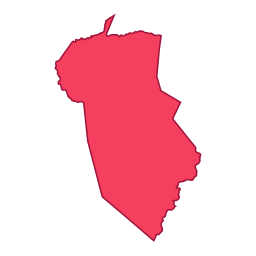 Baianópolis, Bahia, Brazil (orthographic projection)
{"feature_id": "56859067B57298755452364", "entity_name": "Baianópolis", "entity_type": "district", "adm_level": 2, "iso_a3": "BRA", "parent_name": "Brazil", "parent_adm1": "Bahia", "projection": "orthographic", "projection_center": [-44.418, -12.672], "detail": "fine", "context": "isolated", "style": "filled", "palette": "rose", "viewbox_px": 256, "rotation_deg": 0, "n_neighbors": 0, "source": "geoboundaries", "source_scale": "gbopen_adm2", "svg_char_len": 4202}
<svg xmlns="http://www.w3.org/2000/svg" viewBox="0 0 256 256"><path d="M161.1,35.7L160.2,35.3L159.0,35.2L157.6,35.3L156.4,35.4L155.5,35.4L154.5,35.2L153.4,34.7L152.4,33.9L151.6,33.3L150.9,33.2L150.2,33.5L149.3,33.4L148.3,33.2L147.4,33.0L146.3,32.7L145.4,32.6L144.7,32.5L143.7,31.9L142.7,31.3L141.7,31.1L140.6,31.0L139.6,31.0L138.8,31.4L137.6,31.8L136.9,32.1L136.2,31.9L135.3,31.8L134.1,32.3L133.4,33.1L132.2,33.3L131.1,33.2L130.3,33.1L129.5,33.0L128.9,33.5L128.0,34.0L126.9,34.4L125.9,34.3L125.3,34.8L124.7,35.4L124.0,35.9L123.1,36.0L122.3,35.5L121.5,35.1L120.7,35.2L120.3,36.0L119.6,36.8L119.2,36.2L118.5,36.1L118.2,35.4L117.2,35.1L116.2,34.6L115.1,34.8L114.3,34.8L113.4,34.8L112.5,34.7L111.4,34.9L110.5,35.2L109.7,35.4L108.8,36.0L107.4,35.9L106.6,35.4L106.2,34.6L114.1,15.4L113.0,16.1L111.9,16.9L110.7,17.5L109.7,18.1L108.7,18.8L107.7,19.8L106.5,20.2L105.9,20.9L105.8,21.9L105.6,22.8L105.3,23.6L105.1,24.3L104.8,25.6L104.8,27.1L104.5,28.0L104.3,29.3L104.3,30.8L103.7,31.6L102.9,32.2L101.9,32.8L100.6,33.0L100.1,33.4L99.2,33.8L98.4,34.5L97.0,34.8L95.8,35.2L94.5,35.3L93.8,35.7L92.7,35.9L92.2,36.8L91.4,36.9L91.2,36.2L90.4,37.1L89.8,38.0L88.8,38.4L88.0,37.7L86.8,38.3L85.8,38.8L85.1,39.4L84.0,39.6L83.3,38.8L82.5,39.1L81.9,38.1L81.1,38.2L80.5,39.2L79.4,39.8L78.2,40.0L77.1,40.1L76.5,39.5L75.8,39.8L75.7,40.6L75.7,41.9L74.7,42.0L73.5,41.3L72.4,41.8L61.7,56.8L61.1,57.7L60.2,59.0L59.1,60.6L56.2,61.6L55.7,63.9L55.9,64.7L56.3,65.4L56.1,66.1L55.7,67.0L55.5,67.8L55.4,68.7L56.9,69.6L57.5,70.6L57.5,71.6L57.7,72.4L57.4,73.5L58.0,74.5L58.5,75.2L59.0,76.2L59.3,77.1L60.3,77.5L60.4,78.5L60.2,79.4L60.0,80.3L59.3,80.9L58.5,81.5L58.3,82.5L58.2,83.2L58.6,84.1L59.5,84.1L60.2,84.4L60.7,85.1L61.0,86.2L61.3,87.4L61.6,88.7L62.0,89.6L62.6,90.0L63.6,90.1L64.8,89.8L65.6,90.1L66.0,90.9L66.7,91.7L66.9,92.5L67.0,93.2L67.3,94.2L67.7,94.9L68.0,95.9L68.3,96.9L69.2,97.3L69.8,98.2L70.9,98.7L71.6,99.5L72.0,100.6L72.9,100.8L73.7,101.1L74.8,101.4L75.7,101.2L76.4,101.4L77.0,101.9L77.8,102.3L78.8,102.1L79.4,101.9L80.3,101.7L81.5,101.6L82.5,102.0L83.7,102.7L87.7,140.6L88.2,142.8L88.7,144.6L102.3,196.8L122.9,214.2L148.4,236.1L152.0,239.3L153.9,240.6L154.1,239.9L154.5,238.9L155.1,237.9L155.6,236.9L156.0,235.8L156.4,234.7L157.3,234.5L158.2,234.6L159.0,234.3L159.7,233.6L160.3,232.9L160.7,232.1L161.8,231.5L162.3,230.6L162.4,229.7L162.3,228.6L161.7,226.7L161.2,225.6L161.2,224.5L161.4,223.2L162.0,222.0L162.8,221.3L163.2,220.7L162.9,219.9L162.4,218.8L162.5,217.9L163.5,217.3L164.7,216.8L165.2,216.2L165.7,215.0L165.8,213.9L165.9,212.8L166.6,211.7L167.3,210.8L168.0,210.0L168.7,209.7L169.4,209.7L170.3,209.9L171.2,210.0L172.1,209.7L172.9,209.2L173.5,208.6L173.9,208.0L174.4,207.3L174.7,206.6L175.4,206.2L174.3,205.6L174.0,204.6L174.0,203.2L174.0,202.1L173.6,201.3L173.2,200.7L174.2,200.4L175.3,200.6L176.1,200.5L176.8,200.2L177.6,199.7L178.4,199.2L178.9,198.4L179.3,197.1L179.1,196.2L178.6,195.6L178.3,194.5L179.0,193.3L178.8,191.9L179.2,190.9L179.7,190.4L180.1,189.8L180.1,188.9L179.7,188.3L178.9,188.0L177.4,188.0L176.7,187.9L176.3,187.3L177.1,186.3L177.9,185.7L178.2,184.9L178.1,184.1L178.3,183.1L179.3,182.2L180.4,181.8L182.0,181.7L183.0,181.4L184.1,181.1L185.1,180.6L185.8,180.1L187.2,179.7L188.5,179.6L189.3,179.9L190.1,180.1L191.0,180.2L191.8,180.1L192.7,180.0L193.2,179.5L193.7,178.3L194.2,177.3L195.0,176.7L195.7,176.4L196.4,175.6L196.6,174.4L196.2,173.5L196.7,172.8L196.8,172.0L196.7,171.2L196.6,170.3L196.2,169.6L195.5,168.8L195.5,167.7L195.4,166.9L195.2,166.1L195.5,165.3L196.5,164.6L197.2,164.1L198.0,163.9L198.6,163.1L199.1,162.5L199.6,161.9L200.0,160.7L199.5,159.5L200.0,158.8L200.0,158.0L199.5,157.5L200.0,156.5L200.5,155.3L200.6,154.4L199.8,153.7L198.9,153.2L198.1,152.8L197.2,152.5L196.2,151.9L195.7,151.1L195.5,150.3L195.5,149.4L195.8,148.5L195.5,147.7L195.2,146.9L194.5,145.9L192.7,143.9L186.9,136.7L174.0,120.5L173.4,119.8L172.9,118.3L180.5,102.3L179.7,101.9L178.8,101.4L178.2,101.0L177.4,100.5L176.1,99.7L175.2,99.2L174.3,98.6L172.9,97.8L171.9,97.2L171.0,96.7L170.4,96.3L169.4,95.8L168.3,95.1L167.1,94.4L166.3,93.9L165.7,93.6L164.9,93.1L163.8,92.4L162.7,91.8L162.0,91.4L160.9,90.7L156.7,76.2L156.9,74.9L159.2,49.8L159.6,46.9L159.9,44.8L161.1,35.7Z" fill="#f43f5e" stroke="#9f1239" stroke-width="1.5"/></svg>